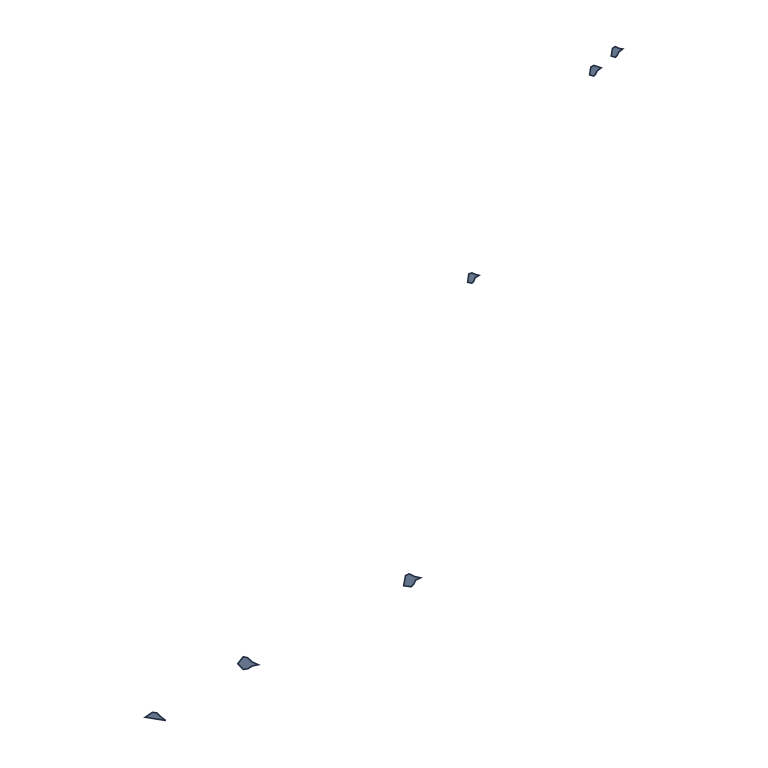 Shaviyani, Robinson projection, rotated 86°
{"feature_id": "MDV-5225", "entity_name": "Shaviyani", "entity_type": "Atoll", "adm_level": 1, "iso_a3": "MDV", "parent_name": "Maldives", "parent_adm1": "", "projection": "robinson", "projection_center": [73.113, 6.266], "detail": "coarse", "context": "isolated", "style": "filled", "palette": "slate", "viewbox_px": 768, "rotation_deg": 86, "n_neighbors": 0, "source": "natural_earth", "source_scale": "10m", "svg_char_len": 758}
<svg xmlns="http://www.w3.org/2000/svg" viewBox="0 0 768 768"><g transform="rotate(86 384 384)"><path d="M655.3,528.9L656.1,535.0L658.6,539.7L659.0,544.3L652.8,549.4L646.2,543.4L647.5,539.2L652.0,535.0L655.3,528.9ZM579.9,360.9L582.0,366.2L585.6,368.1L588.2,371.0L586.7,378.5L576.6,375.9L575.1,372.1L578.1,367.0L579.9,360.9ZM700.3,630.0L704.5,625.2L699.8,645.6L695.3,637.8L696.2,633.5L700.3,630.0ZM83.7,145.2L86.5,149.4L89.8,151.4L91.5,153.3L90.0,157.4L82.3,155.6L80.8,152.5L83.7,145.2ZM66.4,122.4L69.2,126.5L72.5,128.5L74.3,130.4L72.7,134.5L65.1,132.7L63.5,129.8L65.6,125.9L66.4,122.4ZM282.2,281.5L284.4,285.7L288.0,287.4L289.6,289.4L288.4,293.5L280.1,291.8L279.2,288.6L281.1,284.9L282.2,281.5Z" fill="#64748b" stroke="#1e293b" stroke-width="1.5"/></g></svg>